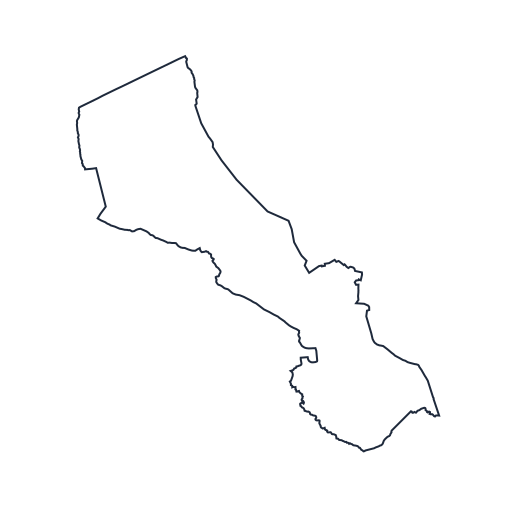 outline of Tigania East, Eastern, Kenya, rotated 353°
{"feature_id": "3690345B96077090238536", "entity_name": "Tigania East", "entity_type": "district", "adm_level": 2, "iso_a3": "KEN", "parent_name": "Kenya", "parent_adm1": "Eastern", "projection": "albers", "projection_center": [37.791, 0.27], "detail": "fine", "context": "isolated", "style": "outline", "palette": "slate", "viewbox_px": 512, "rotation_deg": 353, "n_neighbors": 0, "source": "geoboundaries", "source_scale": "gbopen_adm2", "svg_char_len": 6076}
<svg xmlns="http://www.w3.org/2000/svg" viewBox="0 0 512 512"><g transform="rotate(353 256 256)"><path d="M210.0,49.0L203.4,51.0L142.3,71.8L137.4,73.4L123.4,78.2L118.2,80.2L99.9,86.5L98.4,87.2L97.9,88.9L98.1,91.2L97.5,92.0L97.4,92.9L97.9,94.3L97.0,96.9L95.1,99.3L94.7,100.2L94.7,102.2L94.2,103.8L94.1,108.6L93.9,109.3L94.3,111.4L94.1,112.2L94.7,114.1L94.6,114.8L94.3,115.7L93.7,116.5L94.2,118.3L93.7,120.3L93.9,123.2L94.2,125.0L93.8,126.3L93.8,127.1L94.1,127.8L94.3,129.5L93.9,130.9L94.1,131.6L93.9,133.4L94.1,134.0L93.9,135.3L94.4,138.9L95.1,140.4L94.6,142.6L95.2,143.6L95.1,145.2L95.8,145.9L97.0,148.0L96.9,149.2L104.1,149.4L108.0,149.3L112.9,188.7L106.8,195.1L103.4,199.4L106.7,201.9L110.8,204.3L111.5,205.1L113.1,206.2L114.6,207.0L115.3,207.8L119.4,209.6L124.0,212.3L126.0,212.9L129.0,214.0L131.5,214.4L132.3,214.8L133.9,214.9L136.0,216.5L138.0,216.5L140.5,215.4L142.3,215.0L144.7,214.9L150.3,218.2L152.3,220.0L153.2,221.4L154.1,222.3L155.5,222.7L156.6,223.4L157.8,225.0L158.7,225.9L160.4,226.3L163.7,228.3L165.6,229.2L168.7,231.1L170.0,232.1L171.9,232.2L174.3,232.9L177.5,233.3L178.2,233.6L179.6,235.9L180.3,236.8L182.3,238.3L184.2,239.0L186.2,239.3L189.7,241.3L192.8,242.7L193.8,243.0L196.4,243.4L198.3,242.4L201.1,241.3L201.4,243.6L202.0,244.8L202.7,245.6L205.6,245.5L207.0,245.1L207.6,245.7L208.8,246.0L209.2,246.6L209.6,247.7L210.6,248.1L211.6,249.0L211.4,250.6L211.5,251.9L212.0,252.7L212.9,253.1L213.7,253.9L213.3,254.6L212.7,255.0L212.2,255.5L212.4,256.3L213.2,257.6L214.1,258.6L215.0,260.7L215.2,261.6L217.2,263.5L218.8,266.3L218.9,267.3L218.5,268.3L217.3,269.8L216.8,271.2L216.3,271.6L214.4,271.6L213.5,272.0L213.4,272.9L214.0,274.9L213.5,276.0L213.4,277.0L214.0,278.4L215.0,279.9L216.9,280.7L218.2,281.6L220.7,284.1L221.6,284.6L223.7,285.4L224.5,285.9L228.2,290.1L229.2,290.7L231.2,291.8L234.9,292.9L238.8,295.0L245.4,299.5L247.7,301.4L250.4,303.1L257.4,310.0L262.5,313.3L266.5,316.3L270.1,318.6L270.7,319.1L271.6,320.2L276.5,324.5L276.9,325.2L280.3,328.8L282.0,330.2L284.6,332.0L287.4,333.6L289.7,335.5L289.4,336.5L289.5,337.4L289.1,338.1L288.5,338.8L288.4,339.6L288.7,340.2L288.7,341.0L289.5,342.4L289.4,343.3L288.9,344.3L288.7,345.0L288.3,345.6L288.4,346.4L288.9,346.9L290.5,350.7L291.9,352.0L293.1,352.9L294.7,353.6L297.2,354.2L303.8,354.7L304.3,357.5L304.0,367.3L303.7,368.0L302.2,368.5L299.6,368.5L297.9,368.2L296.3,367.1L295.6,366.2L295.1,364.7L295.0,362.7L288.0,362.4L287.8,364.3L288.0,367.3L288.0,368.6L287.6,369.4L286.1,370.1L285.3,370.1L284.1,370.5L282.6,370.6L282.3,371.6L281.6,372.0L280.2,372.3L279.3,373.5L278.4,373.9L276.4,374.3L277.9,376.0L278.1,378.1L277.7,379.7L275.5,384.1L274.3,384.7L275.1,387.0L274.9,388.4L276.1,389.2L276.0,390.7L276.8,390.4L278.5,391.0L279.2,390.9L279.1,392.5L278.9,393.2L279.4,393.5L279.6,395.5L280.6,395.6L281.2,395.3L282.2,395.2L282.3,396.1L282.7,396.7L283.8,398.0L285.0,398.9L284.8,400.3L285.4,401.1L284.9,401.7L284.9,402.6L283.8,404.0L283.8,404.7L284.1,405.4L285.0,405.5L285.5,406.4L285.7,407.5L285.2,408.3L284.4,407.5L283.6,407.2L282.1,407.8L281.7,408.3L281.9,409.2L281.8,410.1L282.5,410.6L283.1,411.8L284.0,412.3L284.7,412.9L285.2,414.1L285.4,415.6L286.3,415.8L286.9,416.3L288.3,416.8L289.1,416.8L290.3,417.8L290.5,419.5L291.1,420.1L292.1,420.3L292.8,420.9L293.6,421.3L294.8,421.6L295.7,422.0L296.1,423.0L296.1,423.9L295.2,424.9L295.1,425.6L295.6,426.3L296.3,426.6L297.2,426.7L298.4,426.7L299.0,427.1L298.9,428.2L298.6,429.1L298.5,429.9L299.5,432.6L299.4,433.3L299.7,434.1L301.3,435.4L303.2,434.9L303.3,436.4L303.8,437.1L304.9,437.5L305.4,438.0L305.1,438.5L305.3,439.2L305.9,439.9L308.6,440.0L309.0,440.6L309.6,441.9L310.1,442.2L311.0,442.3L311.7,442.5L312.6,443.1L313.2,443.3L313.6,444.7L313.6,446.9L315.2,447.4L316.1,448.7L318.6,449.3L319.5,450.1L320.1,450.3L321.7,451.4L322.9,451.5L323.4,452.4L324.2,452.4L324.9,452.8L325.5,453.8L326.4,453.3L327.7,454.3L328.4,454.5L329.5,455.7L332.0,456.4L333.7,457.1L334.4,457.9L335.0,458.9L335.8,459.1L336.9,461.2L338.0,461.9L338.9,463.0L340.0,462.9L340.7,462.4L349.9,461.2L351.4,460.6L354.5,459.9L356.2,459.2L356.9,459.2L357.7,458.8L358.5,458.2L359.1,457.4L360.3,455.0L361.5,453.7L363.9,451.9L364.8,451.4L366.4,450.9L367.2,450.2L367.7,449.1L369.0,447.5L369.0,446.5L369.4,445.8L390.9,429.0L391.7,429.5L391.9,430.4L392.6,430.8L394.3,430.1L395.0,430.7L395.7,431.0L397.5,429.3L399.4,428.9L401.3,427.8L404.2,427.2L404.8,427.2L405.5,427.6L405.7,428.7L405.5,429.6L406.8,430.9L406.8,431.8L407.4,432.2L408.8,431.5L409.7,432.1L409.6,433.1L409.1,433.9L409.8,434.3L410.7,434.5L411.4,434.4L412.1,434.9L413.3,436.7L414.1,437.1L415.0,436.3L416.3,436.3L418.3,436.7L414.8,419.6L415.0,418.8L414.5,417.7L411.3,400.7L409.8,397.2L409.0,395.6L406.4,389.4L404.6,386.0L404.2,384.6L403.6,383.8L401.8,383.0L400.5,382.7L395.7,380.8L393.5,379.8L391.5,378.2L389.1,377.1L386.2,374.9L381.9,371.9L380.5,370.2L379.0,368.8L375.1,364.6L371.3,360.9L369.0,360.1L367.4,359.7L366.7,359.2L365.6,358.8L363.4,356.7L362.9,355.9L362.4,354.8L361.6,352.6L361.0,346.8L358.1,329.3L359.5,323.8L361.8,323.4L362.1,320.5L361.4,319.0L357.5,316.6L349.6,315.1L352.3,312.1L352.4,308.3L353.3,304.1L353.3,303.4L353.5,302.7L353.6,300.9L354.2,296.9L351.8,296.8L350.8,294.1L352.4,292.5L355.0,292.5L355.2,291.8L357.0,292.9L359.0,287.4L359.1,285.2L352.5,282.9L352.2,280.9L352.0,280.3L350.9,279.2L348.6,278.2L347.9,278.3L346.2,279.2L344.6,277.7L343.6,276.0L342.9,275.1L342.0,275.7L338.1,271.6L337.3,271.0L335.0,271.6L333.6,269.4L327.6,272.0L323.3,272.1L323.2,274.1L320.1,274.3L320.0,273.5L317.3,273.7L306.7,279.2L303.2,271.4L305.6,266.9L301.4,261.4L300.3,259.1L295.5,247.0L294.7,233.7L292.6,225.0L272.9,213.2L246.0,177.9L233.4,156.8L226.4,142.5L226.9,140.2L226.8,137.7L224.7,133.8L223.4,131.8L217.8,117.6L214.2,99.9L214.1,98.8L215.4,97.9L215.7,97.4L215.6,93.4L217.4,91.1L217.5,86.9L217.9,86.1L217.9,84.4L216.5,82.0L216.1,80.7L216.1,75.5L216.5,74.5L216.4,73.6L216.2,73.0L216.3,71.7L215.9,71.0L215.8,69.4L215.1,67.4L214.6,66.7L214.4,66.0L214.6,65.3L214.3,64.2L213.2,62.6L211.4,60.9L211.1,60.2L210.4,54.7L210.7,53.9L211.1,53.4L211.5,51.8L211.1,51.1L210.5,50.8L210.4,50.0L210.0,49.0Z" fill="none" stroke="#1e293b" stroke-width="2"/></g></svg>